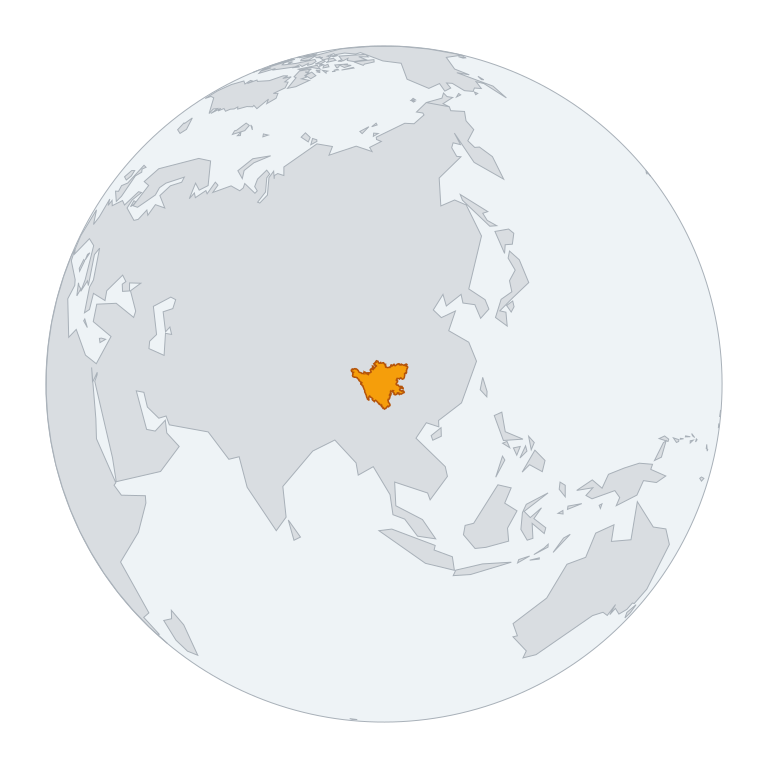 globe centered on Sichuan, rotated 344°
{"feature_id": "CHN-1809", "entity_name": "Sichuan", "entity_type": "Province", "adm_level": 1, "iso_a3": "CHN", "parent_name": "China", "parent_adm1": "", "projection": "orthographic", "projection_center": [103.034, 30.167], "detail": "fine", "context": "on_globe", "style": "filled", "palette": "amber", "viewbox_px": 768, "rotation_deg": 344, "n_neighbors": 0, "source": "natural_earth", "source_scale": "10m", "svg_char_len": 17267}
<svg xmlns="http://www.w3.org/2000/svg" viewBox="0 0 768 768"><g transform="rotate(344 384 384)"><circle cx="384" cy="384" r="338" fill="#eef3f6" stroke="#a8b0b8"/><path d="M700.4,501.7L699.8,503.5L699.6,504.0L700.4,501.7ZM544.2,86.5L545.7,87.4L548.6,89.2L533.9,87.2L538.7,100.7L551.2,110.3L539.8,104.8L570.9,127.7L580.5,142.7L562.9,122.8L555.8,118.7L559.0,126.8L552.5,124.4L550.3,127.3L542.2,124.2L532.5,113.8L527.1,111.9L529.7,117.9L523.2,119.2L520.2,110.5L508.6,112.2L490.2,97.4L488.9,80.4L471.9,73.1L452.7,58.9L447.7,59.0L437.3,55.0L427.6,54.0L426.8,52.6L419.8,53.2L422.4,54.8L420.2,55.8L414.8,55.7L412.8,53.4L415.2,53.2L411.8,52.5L413.1,51.7L409.4,52.0L407.6,49.9L401.3,51.9L393.1,50.3L394.1,49.0L404.6,49.2L432.8,49.9L437.0,50.3L436.4,50.2L464.4,55.8L491.8,63.7L518.5,74.0L544.2,86.5ZM385.2,46.1L387.1,46.4L375.5,46.5L363.0,46.8L361.4,46.8L385.2,46.1ZM351.3,47.7L348.1,48.0L344.2,48.4L351.3,47.7ZM696.6,255.6L697.5,257.9L695.1,252.1L695.3,252.6L696.6,255.6ZM694.3,250.8L695.0,252.2L694.6,251.4L694.3,250.8ZM694.5,251.5L694.4,251.0L694.8,252.3L694.5,251.5ZM695.1,253.5L694.6,252.2L694.8,252.6L695.1,253.5ZM694.9,254.5L694.7,254.6L694.1,252.7L694.9,254.5ZM550.5,90.0L551.1,90.3L551.0,90.7L546.4,87.8L546.5,87.7L550.5,90.0ZM549.8,92.5L545.8,89.9L552.1,92.3L552.4,93.0L549.8,92.5ZM561.6,118.3L559.1,114.1L563.8,119.1L561.6,118.3ZM551.4,128.3L554.2,130.5L551.9,131.2L551.4,128.3ZM393.4,46.5L390.3,46.4L391.5,46.3L393.4,46.5ZM397.2,46.8L400.8,46.8L403.1,47.0L400.8,47.0L397.2,46.8ZM537.4,127.2L532.8,128.1L535.8,125.3L537.4,127.2ZM392.2,47.0L406.8,47.5L410.8,48.0L405.5,48.7L392.2,47.0ZM529.0,127.5L518.0,130.8L523.2,135.5L502.2,125.1L518.5,125.2L521.4,120.7L523.8,125.1L529.0,127.5ZM425.6,55.5L422.6,53.7L430.1,55.5L425.6,55.5ZM431.0,56.4L457.3,62.1L459.0,65.2L449.9,62.4L456.1,67.2L444.0,65.8L437.9,62.9L439.1,61.0L433.5,62.1L431.0,56.4ZM492.3,119.2L488.2,118.8L490.7,117.4L492.3,119.2ZM419.9,56.4L425.1,57.0L427.0,59.6L417.0,59.0L419.6,58.3L419.9,56.4ZM463.7,69.4L463.3,71.7L453.4,71.1L451.9,72.0L443.9,66.1L463.7,69.4ZM416.4,57.6L411.8,58.7L406.0,57.5L415.0,56.1L416.4,57.6ZM431.7,60.7L432.1,62.1L428.6,61.0L431.7,60.7ZM382.8,54.7L388.9,54.8L390.4,56.0L382.8,54.7ZM410.5,59.2L412.6,59.7L413.8,60.4L409.7,60.9L410.5,59.2ZM437.5,66.4L433.4,65.9L440.3,68.7L433.1,68.8L429.0,65.1L427.8,66.8L425.6,66.9L424.7,63.8L437.5,66.4ZM409.4,63.6L401.8,59.8L390.1,59.1L388.4,57.8L407.6,59.2L409.4,63.6ZM418.5,63.9L412.5,63.4L413.5,61.7L418.2,61.2L418.5,63.9ZM429.7,70.5L441.7,71.2L442.2,72.0L429.7,70.5ZM405.8,63.7L407.7,64.7L404.9,63.8L405.8,63.7ZM422.2,68.6L426.3,68.6L426.8,69.5L422.2,68.6ZM408.1,66.9L405.6,65.5L408.7,64.9L408.1,66.9ZM414.4,67.9L414.0,69.2L411.3,65.5L416.2,67.7L414.4,67.9ZM421.9,69.5L423.5,70.1L420.1,69.4L421.9,69.5ZM397.7,70.4L393.6,65.8L400.5,64.3L403.5,68.8L397.7,70.4ZM119.7,173.4L124.7,168.5L117.4,179.3L115.9,198.5L113.9,204.0L103.5,214.9L93.8,252.2L103.2,246.7L105.0,274.0L113.0,285.2L134.7,263.1L121.7,243.9L129.9,228.1L148.8,232.6L161.7,251.0L165.4,245.5L166.0,224.5L178.0,220.1L167.3,216.7L165.0,224.4L158.2,222.9L159.9,215.9L164.1,214.4L162.8,207.3L143.2,217.9L138.8,226.9L129.7,216.8L121.4,231.2L115.7,233.0L127.7,209.6L133.4,203.9L148.1,175.0L141.3,179.8L126.9,207.9L127.4,203.1L118.0,211.4L125.5,201.4L143.1,170.9L140.9,163.1L122.4,173.8L124.4,169.1L133.2,158.0L155.7,137.3L148.7,150.6L156.5,144.8L171.4,130.6L168.0,136.3L173.2,132.6L171.9,137.7L183.2,135.6L183.9,140.4L201.1,131.5L203.7,133.1L192.8,137.6L185.5,144.0L188.7,157.8L193.1,158.0L204.0,151.4L203.5,156.7L213.7,148.6L221.8,154.4L220.5,141.1L233.3,134.6L245.1,134.3L249.1,130.1L229.8,130.8L222.3,133.4L216.3,139.3L195.8,146.2L191.9,143.5L212.5,128.3L209.3,123.3L226.8,115.0L268.1,116.1L278.8,121.8L269.6,144.8L259.8,146.7L258.2,139.0L247.9,152.2L254.4,148.1L254.0,152.9L266.1,149.0L266.4,152.4L277.5,143.5L279.2,147.1L272.2,152.7L291.6,151.4L298.6,158.5L302.8,156.7L305.4,152.9L312.5,165.1L315.4,163.4L314.1,158.6L318.9,152.2L330.2,146.1L332.0,150.6L328.2,153.4L323.0,166.8L312.6,174.4L314.5,175.8L324.0,170.3L330.3,153.9L336.6,149.0L335.0,156.5L336.1,153.4L339.8,152.4L345.2,156.0L347.6,147.8L385.7,134.7L399.9,141.5L394.2,148.9L422.8,147.7L436.6,157.3L435.4,152.6L448.3,150.1L444.2,146.9L444.6,144.6L475.8,139.1L484.6,142.1L496.6,136.4L496.0,134.2L490.2,131.5L502.2,125.1L523.2,135.5L523.5,139.7L536.5,144.2L535.4,153.6L540.4,164.2L531.6,173.3L536.4,181.6L541.0,182.5L550.9,195.3L555.5,220.1L531.7,195.8L520.8,162.2L523.5,175.0L516.9,171.2L514.2,175.5L516.6,185.2L520.6,186.8L493.8,201.2L487.7,228.5L502.6,226.6L512.4,234.6L518.5,268.6L491.7,316.0L504.4,330.8L505.5,340.9L495.0,347.5L493.2,332.8L482.2,327.9L482.8,319.1L465.4,326.2L465.4,314.1L451.8,326.4L457.4,336.0L472.8,333.5L460.9,350.6L477.0,367.2L479.2,387.6L453.3,423.5L426.4,434.1L424.9,440.3L414.0,432.9L399.8,444.9L420.1,480.3L419.5,490.3L396.4,508.1L395.9,500.8L367.2,481.2L361.8,504.3L383.6,524.9L391.0,547.1L374.3,539.5L366.7,519.6L356.6,512.1L359.3,492.0L350.9,460.5L334.1,464.5L335.4,452.1L321.3,424.3L297.0,428.8L258.5,454.6L253.2,485.0L240.0,495.3L224.0,445.6L224.7,414.0L214.1,413.6L201.8,381.6L166.4,364.1L165.7,354.7L158.1,354.8L150.2,340.9L150.9,325.8L144.0,322.3L143.3,362.2L151.1,366.2L163.8,358.5L161.7,371.2L169.9,387.6L145.1,406.5L99.7,404.1L102.7,380.0L106.7,301.7L110.8,296.0L111.1,295.2L111.6,293.7L104.3,302.1L107.5,287.5L97.4,338.2L92.5,357.4L99.0,405.0L96.6,406.9L100.9,418.5L123.8,425.6L122.3,432.8L107.0,458.9L81.7,482.5L89.4,515.5L94.9,539.2L88.7,542.1L98.9,562.5L97.1,562.0L103.4,572.2L104.3,573.7L91.7,553.5L80.5,532.5L70.8,510.8L62.6,488.4L56.1,465.5L51.1,442.2L47.9,418.6L46.3,394.8L46.3,371.0L48.1,347.3L51.5,323.7L56.6,300.4L63.3,277.6L71.6,255.2L81.4,233.5L92.8,212.6L105.6,192.5L119.7,173.4ZM167.8,285.2L180.5,295.9L187.9,275.1L193.5,277.8L193.9,270.2L188.4,273.6L191.6,253.7L201.8,253.3L207.0,245.5L203.0,241.7L183.7,245.8L179.0,273.8L170.5,278.3L167.8,285.2ZM203.2,110.1L198.4,114.4L192.5,116.9L191.7,113.3L200.3,109.3L203.2,110.1ZM193.0,120.2L213.6,107.6L215.0,110.1L210.7,110.7L209.5,113.6L202.4,115.4L183.4,131.2L177.0,134.7L179.1,124.6L181.9,125.6L186.4,121.0L193.0,120.2ZM264.1,78.6L273.1,75.4L264.3,84.8L257.0,86.9L255.7,82.7L263.7,77.9L264.1,78.6ZM380.0,49.1L384.0,48.8L384.6,49.2L381.7,49.8L380.0,49.1ZM385.5,54.6L363.2,51.5L366.6,50.8L349.4,50.9L351.8,49.3L362.8,49.0L351.8,48.5L362.7,47.6L354.2,47.7L378.6,47.3L388.0,47.3L376.6,47.8L374.2,49.1L376.0,49.7L388.0,51.6L407.0,53.0L407.6,55.3L403.0,56.7L398.5,56.6L399.5,55.0L392.8,56.2L390.9,53.9L385.5,54.6ZM348.5,82.2L351.5,78.3L337.7,84.3L335.7,80.3L334.2,81.3L328.6,79.5L319.1,79.4L319.8,77.4L315.8,78.3L312.0,77.5L306.8,78.1L306.1,75.1L299.7,75.8L303.0,74.0L292.1,76.2L299.9,73.3L295.7,72.6L290.4,75.8L299.2,62.0L297.0,59.9L290.8,60.2L305.0,56.3L319.8,54.1L332.8,54.1L333.0,57.3L339.4,55.4L341.3,56.6L335.5,57.5L345.7,56.8L345.7,58.2L357.4,60.8L372.0,60.0L376.6,61.3L370.9,62.4L379.5,63.1L371.9,66.2L375.0,67.4L370.6,72.1L357.7,74.2L362.2,75.4L359.0,79.6L348.5,82.2ZM396.0,71.6L381.1,73.9L372.7,73.2L383.9,65.4L382.2,63.9L389.1,59.8L401.1,61.2L398.1,62.1L397.9,63.4L394.2,62.4L397.0,64.2L392.8,65.8L393.9,67.7L388.8,67.9L396.0,71.6ZM118.2,202.5L117.9,205.6L118.8,209.0L113.0,214.6L118.2,202.5ZM129.7,181.6L130.3,183.0L122.5,191.7L122.9,188.9L129.7,181.6ZM137.4,176.8L131.0,182.4L134.7,177.7L137.4,176.8ZM194.1,138.9L195.6,140.4L193.1,142.3L189.2,143.7L194.1,138.9ZM307.1,102.3L310.2,99.4L312.2,99.5L323.4,95.2L325.8,98.3L320.0,102.1L307.1,102.3ZM128.7,264.3L122.4,265.9L123.0,261.7L125.0,262.0L128.7,264.3ZM114.3,239.0L114.4,248.0L112.7,240.5L114.3,239.0ZM311.5,104.9L315.8,102.6L314.4,105.6L311.5,104.9ZM328.1,100.4L327.5,103.5L327.3,98.2L328.1,100.4ZM258.8,696.2L265.8,699.2L261.1,697.7L258.8,696.2ZM125.1,560.3L130.2,593.4L121.5,586.7L113.4,572.9L107.1,550.6L115.1,551.1L117.2,542.9L125.1,560.3ZM475.5,593.5L485.4,593.9L485.0,595.1L475.5,593.5ZM465.1,589.9L476.6,589.5L463.1,592.8L465.1,589.9ZM481.0,589.3L492.7,585.8L497.7,583.2L496.7,586.0L481.0,589.3ZM457.3,590.4L414.6,591.0L397.7,587.3L401.7,582.7L429.1,584.1L457.3,590.4ZM400.3,582.5L374.4,567.8L338.7,523.6L351.5,525.6L388.7,553.3L386.4,557.4L402.1,568.9L400.3,582.5ZM463.0,556.6L460.5,569.4L437.0,569.1L426.2,567.2L418.8,550.8L423.0,542.3L431.8,542.6L465.7,512.3L477.6,518.9L467.2,531.8L476.9,542.6L463.0,556.6ZM254.5,488.3L261.5,508.1L254.4,509.4L254.5,488.3ZM479.2,490.4L465.7,504.4L478.0,486.0L479.2,490.4ZM486.4,473.1L487.3,479.9L481.7,473.6L486.4,473.1ZM424.7,450.0L415.4,451.5L415.1,446.6L426.8,441.7L424.7,450.0ZM480.7,404.8L481.0,419.6L479.3,424.7L474.9,416.0L480.7,404.8ZM338.0,133.4L319.9,135.5L308.4,140.2L304.4,147.5L302.3,138.7L320.0,131.3L338.0,133.4ZM379.6,133.8L383.0,128.3L386.7,130.7L386.4,132.3L379.6,133.8ZM377.9,130.4L372.4,123.9L377.7,120.9L381.0,126.6L377.9,130.4ZM341.3,112.8L335.7,113.0L337.0,110.4L341.3,112.8ZM551.1,675.3L554.4,670.6L565.5,665.6L557.8,671.7L551.1,675.3ZM520.6,664.1L455.5,686.1L442.1,685.6L447.2,679.8L438.3,662.6L442.8,662.8L442.0,649.9L481.4,634.6L510.2,607.7L530.1,606.2L546.4,585.7L566.3,582.7L559.2,598.0L578.5,601.8L595.1,566.9L603.4,595.7L615.0,601.0L614.1,616.9L580.1,653.6L564.0,664.0L562.4,663.0L555.3,667.6L546.4,669.9L544.6,663.5L537.5,667.9L545.8,659.8L534.8,668.0L531.6,663.8L520.6,664.1ZM661.5,561.7L663.5,560.9L665.5,562.9L662.4,564.9L661.5,561.7ZM695.0,514.2L694.9,515.4L693.2,518.6L695.0,514.2ZM699.6,504.0L697.5,508.2L700.4,501.7L699.6,504.0ZM676.6,535.1L677.2,536.1L676.2,537.6L676.6,535.1ZM675.8,535.2L677.6,531.0L676.9,534.3L675.8,535.2ZM667.5,525.6L669.1,522.9L669.6,523.9L667.5,525.6ZM500.1,592.5L514.1,581.6L521.6,579.8L500.1,592.5ZM665.8,523.2L662.1,525.1L662.7,523.0L665.8,523.2ZM666.3,518.8L666.1,516.4L667.9,521.1L666.3,518.8ZM659.6,517.0L663.9,519.1L659.1,517.9L659.6,517.0ZM656.9,519.2L653.6,518.8L653.9,517.9L656.9,519.2ZM616.9,539.6L629.5,550.1L618.7,553.8L606.8,548.4L596.5,560.5L573.7,565.0L579.3,558.1L576.5,550.1L552.3,551.7L547.4,546.8L556.2,541.3L539.9,539.4L557.8,533.6L564.9,544.3L574.9,532.7L591.7,531.0L607.6,530.5L620.0,535.2L616.9,539.6ZM557.4,559.9L560.5,559.3L557.7,563.3L557.4,559.9ZM647.3,515.5L652.1,518.8L651.4,520.5L649.0,520.8L647.3,515.5ZM622.9,532.1L636.4,517.4L639.5,516.4L630.5,530.8L622.9,532.1ZM633.4,512.3L639.4,511.3L642.5,515.5L641.2,517.5L633.4,512.3ZM521.1,554.9L520.3,558.3L515.6,556.3L521.1,554.9ZM527.2,552.1L541.2,553.5L525.8,555.1L527.2,552.1ZM483.6,545.1L487.8,552.7L501.3,546.4L491.0,554.7L499.9,566.8L496.8,571.9L488.0,558.8L484.6,573.4L478.6,573.6L475.5,561.5L481.6,545.8L487.6,538.9L511.7,533.9L483.6,545.1ZM527.1,542.4L523.4,533.5L526.2,526.8L530.3,531.3L527.1,542.4ZM512.0,511.9L501.7,501.7L492.5,506.8L510.8,489.2L517.7,501.9L512.0,511.9ZM502.9,487.9L494.3,492.6L503.0,482.5L502.9,487.9ZM492.0,489.0L490.8,481.1L497.7,481.6L492.0,489.0ZM507.4,487.8L508.6,474.1L512.3,481.7L507.4,487.8ZM487.4,463.3L502.4,475.3L483.2,471.2L481.3,444.7L489.5,443.5L487.4,463.3ZM526.1,349.9L523.5,342.3L530.6,339.7L530.3,345.6L526.1,349.9ZM551.1,326.4L531.6,336.6L515.5,345.6L521.0,348.6L518.4,362.3L509.5,350.8L519.9,334.9L532.3,330.6L533.1,319.3L541.5,310.7L538.0,297.2L541.3,290.8L548.3,301.9L551.1,326.4ZM535.9,291.7L532.7,267.9L546.5,269.4L550.3,274.9L545.9,285.0L538.9,283.5L535.9,291.7ZM536.0,262.9L529.2,261.5L510.1,229.0L509.5,222.8L531.3,246.9L526.0,247.1L528.3,255.2L536.0,262.9ZM490.1,121.2L488.4,119.1L492.1,120.6L490.1,121.2ZM442.0,143.0L443.2,140.0L447.5,141.6L442.0,143.0ZM448.8,133.1L443.1,133.3L448.3,131.1L448.8,133.1ZM430.4,134.6L440.4,132.5L432.0,137.3L430.4,134.6Z" fill="#d9dde1" stroke="#a8b0b8" stroke-width="1"/><path d="M411.3,371.4L410.6,371.6L410.9,372.0L410.5,372.1L410.1,372.9L410.2,373.0L411.3,373.7L411.4,373.9L411.5,374.3L411.1,374.6L411.0,375.1L410.7,375.4L410.1,375.7L409.9,376.7L409.2,377.2L409.2,377.4L409.1,378.3L408.7,378.8L408.9,379.0L408.8,379.3L408.2,379.8L408.1,379.7L407.7,379.3L407.4,379.6L406.7,379.6L406.5,379.9L406.4,380.2L406.6,380.7L406.5,381.0L406.2,381.5L405.4,383.2L404.4,384.3L404.0,384.3L403.2,384.5L402.9,384.4L402.4,383.7L402.2,383.1L401.9,382.7L401.6,382.9L401.3,382.8L401.2,383.1L400.7,383.2L400.3,383.5L399.7,382.8L398.6,382.5L398.2,382.2L398.0,382.3L397.7,382.9L397.7,383.2L397.3,383.2L397.2,383.3L397.3,383.6L396.9,383.8L396.9,384.0L397.9,384.7L397.7,385.1L397.7,385.6L397.0,385.9L396.8,386.4L396.6,386.4L396.4,386.6L396.1,386.7L395.6,387.3L395.6,387.8L395.7,388.0L396.2,388.2L396.2,388.7L396.5,388.9L397.5,389.1L397.9,390.6L398.2,391.1L398.6,391.2L399.3,390.8L399.9,391.1L400.2,391.2L400.6,391.3L400.8,392.4L401.3,393.1L401.3,393.4L401.0,393.8L400.8,393.3L400.3,393.1L399.2,392.1L398.9,392.5L398.8,393.0L398.2,393.1L397.9,393.1L397.7,393.2L397.6,393.5L397.4,393.7L397.6,394.0L397.6,394.7L398.7,395.1L398.9,395.7L399.5,395.8L400.0,395.5L400.3,395.7L400.5,395.8L400.5,396.2L401.0,396.5L401.2,397.5L400.7,397.9L400.0,397.8L399.7,398.0L399.0,398.0L398.7,398.3L398.2,398.3L397.6,398.5L397.0,398.0L396.8,397.9L396.2,398.0L395.8,398.3L395.4,397.5L395.6,397.1L395.7,396.7L395.3,396.7L395.1,396.3L394.5,396.2L394.1,396.4L394.0,397.0L393.7,397.3L393.1,397.5L392.7,397.4L392.1,397.6L391.6,397.4L390.9,396.8L390.8,396.5L391.3,396.2L391.1,395.6L391.2,395.4L391.0,395.1L390.5,394.9L390.4,394.7L390.3,393.6L391.0,393.4L391.3,393.1L391.0,392.9L390.5,393.0L390.3,392.8L390.2,393.0L389.5,393.1L389.2,393.0L388.9,393.1L388.4,393.0L388.3,392.8L387.9,393.6L388.4,394.8L387.6,395.5L387.2,395.2L386.8,395.3L386.6,395.7L386.2,396.0L386.1,396.5L386.4,396.6L386.5,396.9L386.8,396.9L386.5,397.1L386.4,397.7L386.2,398.2L385.3,398.9L385.4,399.2L385.0,399.3L384.5,400.2L383.8,400.4L383.6,400.2L383.2,401.0L383.4,401.9L383.2,402.5L383.3,402.7L383.3,403.1L383.7,403.7L384.0,404.7L384.0,405.0L384.1,405.3L384.0,405.6L383.8,405.7L383.8,406.2L383.8,406.4L383.6,406.5L383.2,406.4L382.1,407.2L381.8,407.0L381.8,406.5L381.5,406.3L381.2,406.6L380.7,406.7L380.3,407.1L379.9,407.2L379.1,408.0L378.1,407.9L377.7,408.3L377.4,408.0L377.3,407.5L376.8,407.1L376.5,407.3L376.3,407.2L376.3,406.8L376.6,406.5L376.7,406.3L376.1,405.6L375.7,405.4L375.4,405.1L375.9,404.3L375.9,403.9L375.6,404.2L375.4,404.2L375.1,403.4L374.1,402.4L374.1,402.2L374.3,401.6L374.2,401.4L373.9,401.4L373.5,401.5L373.4,401.5L373.2,400.4L373.0,399.9L372.7,399.7L372.7,399.3L371.6,397.4L371.4,397.3L371.0,397.7L370.4,397.5L369.8,398.2L369.7,398.0L369.7,397.4L369.2,397.2L368.6,396.3L368.4,395.6L369.1,395.2L369.0,394.7L368.3,393.9L368.0,393.3L367.5,393.0L367.4,392.6L366.9,392.1L366.9,391.6L366.3,391.8L366.2,392.1L365.9,392.4L365.7,393.1L365.2,393.3L365.2,393.8L365.1,394.5L365.2,395.0L365.1,395.7L365.0,395.4L364.5,394.8L364.5,394.6L364.3,394.4L363.9,393.9L364.0,393.5L364.0,392.9L363.8,392.5L363.7,391.5L363.8,390.7L363.8,389.2L363.6,388.7L363.5,387.2L363.3,386.7L363.4,386.0L363.4,385.7L363.7,385.1L363.6,384.3L363.4,383.8L363.3,381.9L363.2,381.7L363.2,381.2L363.1,380.7L363.4,380.3L362.5,379.4L362.6,378.7L362.3,378.3L362.1,377.9L361.7,377.7L361.8,377.5L361.8,377.0L361.9,376.8L362.1,376.8L362.5,377.3L363.1,376.6L361.7,375.1L361.6,374.7L360.9,373.8L360.9,373.4L361.1,373.3L361.1,372.8L360.4,371.9L360.0,371.2L360.0,370.6L359.4,370.3L359.1,369.9L357.3,369.3L357.1,368.9L356.9,368.9L356.2,368.4L356.1,368.0L356.0,367.2L356.2,366.9L356.7,366.6L356.6,365.9L356.7,365.5L357.3,364.7L357.8,364.6L358.0,364.4L356.9,363.9L356.7,363.3L356.5,363.2L356.3,363.0L356.4,362.3L356.3,361.7L357.5,361.2L357.6,360.8L357.8,360.8L358.1,361.0L358.2,361.6L358.8,361.5L359.6,361.1L360.5,361.3L360.8,361.8L361.5,361.8L362.5,363.0L362.4,363.3L362.9,364.0L363.1,364.8L363.0,365.2L363.5,366.0L365.1,366.9L365.5,367.7L366.6,368.0L367.5,368.6L367.8,367.5L368.2,367.4L368.3,366.9L368.7,367.4L369.2,367.5L369.7,368.1L369.7,368.6L369.5,369.1L370.0,369.3L370.2,368.7L370.9,368.6L371.4,369.0L371.7,369.7L371.2,370.3L371.5,370.7L371.9,370.4L372.1,369.6L372.3,369.3L372.3,369.0L373.1,369.2L373.5,369.4L374.2,369.1L374.5,369.2L374.8,369.1L375.1,368.3L375.0,368.0L374.7,367.7L374.6,366.9L374.9,366.3L375.6,366.0L375.8,366.2L376.0,365.9L376.6,366.1L377.0,366.6L377.6,365.7L377.3,365.4L377.3,365.0L377.4,364.8L377.8,364.5L377.9,363.7L378.3,364.1L378.4,364.3L378.5,364.7L378.4,365.3L378.0,365.8L378.2,366.2L378.2,366.6L378.8,366.0L379.4,366.0L379.6,365.5L380.1,365.4L380.3,365.0L380.8,364.9L381.2,364.6L381.3,364.6L381.1,364.2L381.3,364.1L380.7,363.7L380.5,363.4L380.6,363.0L380.4,363.0L380.5,362.9L380.1,362.6L380.2,362.4L379.8,361.7L380.3,361.5L380.8,361.5L381.2,361.0L382.1,360.9L381.8,360.6L382.4,360.1L382.7,359.8L383.4,359.6L383.9,360.2L384.5,360.5L384.6,361.8L384.8,362.1L384.8,362.5L385.0,362.7L385.3,362.8L385.7,362.8L386.5,362.5L386.4,363.0L387.0,363.1L387.6,363.3L388.3,363.3L389.2,363.3L389.5,363.5L389.6,363.8L389.6,364.4L390.2,365.1L390.7,365.4L390.2,365.6L390.2,366.1L390.8,367.1L390.7,367.5L390.4,367.5L390.2,367.7L390.2,368.1L390.3,368.3L390.8,368.4L391.7,369.2L392.9,369.3L393.3,369.5L394.0,369.3L394.3,369.6L394.7,369.2L395.1,369.3L395.9,368.7L395.6,368.1L395.7,367.8L395.9,367.7L396.2,367.6L396.5,368.3L396.6,368.7L396.8,368.9L397.3,368.6L397.7,368.6L398.1,368.0L399.1,367.8L399.2,368.0L399.0,368.5L399.0,368.8L399.3,369.2L399.9,369.5L400.1,369.5L400.6,369.2L401.8,368.9L402.3,368.5L402.9,368.7L403.9,368.6L404.2,368.9L404.0,369.7L404.1,369.8L405.0,370.2L405.6,369.7L405.9,369.6L406.0,370.4L407.0,370.4L407.6,370.9L408.0,371.4L408.7,371.8L408.8,371.8L408.8,371.5L409.0,371.3L409.7,371.2L410.0,371.0L411.0,371.0L411.3,371.4Z" fill="#f59e0b" stroke="#b45309" stroke-width="1.5"/></g></svg>